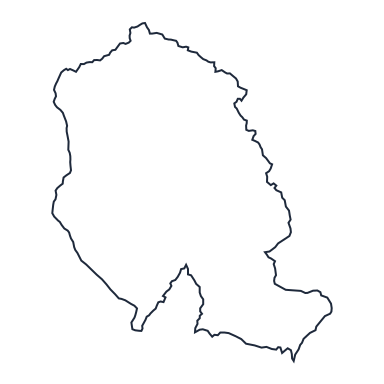 the district of Santa Margarida do Sul, Rio Grande do Sul, Brazil
{"feature_id": "56859067B58398228642576", "entity_name": "Santa Margarida do Sul", "entity_type": "district", "adm_level": 2, "iso_a3": "BRA", "parent_name": "Brazil", "parent_adm1": "Rio Grande do Sul", "projection": "mercator", "projection_center": [-54.09, -30.371], "detail": "fine", "context": "isolated", "style": "outline", "palette": "slate", "viewbox_px": 384, "rotation_deg": 0, "n_neighbors": 0, "source": "geoboundaries", "source_scale": "gbopen_adm2", "svg_char_len": 3802}
<svg xmlns="http://www.w3.org/2000/svg" viewBox="0 0 384 384"><path d="M327.3,297.6L321.2,295.4L320.4,292.2L317.4,290.5L313.0,290.7L307.5,292.9L305.3,293.0L300.9,290.9L285.7,289.8L274.8,283.8L274.1,280.9L274.5,277.8L276.0,275.2L275.1,268.4L273.7,264.1L275.0,261.2L271.1,258.5L268.5,257.3L266.8,254.6L265.0,252.2L269.5,251.5L275.2,247.2L278.1,243.4L289.4,236.0L290.9,232.2L290.5,228.5L288.5,222.8L290.6,219.6L289.8,215.7L289.0,210.6L285.9,206.6L284.7,200.2L282.2,197.7L281.2,192.4L276.3,190.2L274.5,188.0L276.3,185.6L273.6,183.4L270.8,185.1L267.0,181.9L267.2,176.7L266.1,173.2L269.1,171.2L270.7,168.5L272.1,164.3L269.9,163.3L266.1,158.1L262.9,155.3L262.0,149.3L260.6,147.2L259.5,144.4L258.1,142.5L254.9,140.9L252.3,139.8L253.6,136.1L255.6,133.9L255.3,131.0L252.8,130.3L248.8,130.9L246.3,129.8L246.1,125.6L246.7,123.2L246.8,120.6L244.0,119.6L242.3,117.2L240.6,115.6L238.8,112.8L236.7,108.5L235.0,106.9L234.3,103.4L236.5,101.8L237.8,98.8L239.9,98.8L241.5,100.7L243.4,97.6L246.2,94.3L246.7,90.2L240.5,87.7L238.0,86.3L237.7,81.5L236.0,78.5L233.1,76.1L229.9,73.4L227.1,73.5L225.2,72.5L221.7,70.1L218.1,71.3L215.4,71.8L215.7,68.2L214.1,66.1L214.3,62.3L210.6,62.4L208.3,61.7L206.5,60.4L203.2,59.1L200.8,57.1L198.6,55.1L196.9,52.7L191.3,51.6L187.8,50.3L188.3,47.4L186.1,46.7L182.7,47.3L178.4,46.0L177.4,42.6L176.1,40.8L173.8,40.3L170.9,39.6L168.6,39.5L164.8,38.6L162.3,34.5L159.2,33.6L156.7,32.9L152.1,33.6L149.9,33.6L148.9,30.0L147.0,27.3L145.0,23.0L142.4,23.4L139.7,25.0L137.5,26.5L134.1,27.6L131.9,27.3L129.8,29.4L130.4,33.0L129.6,35.6L129.7,38.2L130.6,40.8L128.8,42.6L125.6,43.9L123.3,43.0L120.0,43.5L116.9,47.7L115.4,49.8L112.2,50.3L110.2,52.6L109.1,54.8L106.6,55.5L104.1,56.2L102.2,58.7L100.1,60.4L97.1,60.0L94.1,60.1L92.3,62.2L89.6,62.1L86.5,62.6L83.9,64.1L80.8,64.0L79.2,67.2L76.0,71.8L73.2,70.4L70.0,69.0L67.9,70.1L66.2,68.8L63.9,70.2L61.2,72.5L58.5,78.5L57.3,81.3L56.2,83.3L54.8,86.5L54.0,89.9L55.6,93.3L56.0,96.3L54.7,98.9L53.7,101.8L55.2,105.0L57.0,107.3L60.4,109.9L62.9,112.9L63.8,115.5L66.1,121.4L67.1,125.8L66.6,128.1L66.7,131.7L67.5,135.7L68.6,141.6L68.3,149.8L69.7,152.8L70.3,156.1L70.4,159.5L70.2,162.1L70.5,165.9L71.0,170.3L69.9,173.0L66.4,175.3L63.6,177.5L62.9,181.3L62.7,183.7L60.3,185.5L57.3,188.1L55.6,190.6L56.4,194.9L55.5,199.3L53.8,201.6L53.2,204.9L52.6,210.2L52.3,213.2L54.2,216.6L58.1,220.6L59.8,221.9L61.6,224.9L64.3,228.5L67.7,230.6L69.1,232.5L70.0,235.7L71.0,238.5L73.2,242.0L74.2,247.2L75.3,250.0L77.4,252.9L81.3,260.6L86.1,264.4L93.0,271.1L96.7,274.7L102.0,279.3L106.4,284.3L110.4,289.4L115.1,294.2L118.8,298.4L121.5,298.9L125.3,300.3L131.0,303.9L134.4,305.7L137.0,308.4L136.2,312.0L135.4,315.0L134.5,317.6L131.4,322.5L131.8,325.4L132.4,329.2L135.2,330.3L139.2,330.8L141.4,330.9L142.5,328.6L142.2,325.8L143.8,322.9L145.5,319.8L146.7,316.7L149.1,315.3L150.5,313.4L153.3,310.6L155.7,308.6L156.7,305.9L158.3,302.3L160.6,301.5L163.5,302.1L165.5,297.4L163.0,296.0L166.4,291.6L169.3,289.4L171.4,285.9L170.3,283.4L171.9,281.2L175.3,280.0L177.7,276.9L180.0,272.8L181.1,269.1L184.3,268.4L186.1,264.8L188.0,269.0L188.0,274.4L191.1,275.3L194.4,280.4L196.2,283.9L199.7,287.0L199.7,292.5L200.9,296.1L203.2,299.3L203.2,304.2L200.2,308.3L200.2,311.4L202.0,313.8L199.8,315.7L199.7,318.3L197.3,320.7L197.5,323.9L195.3,328.1L195.0,332.3L197.2,331.1L199.7,329.7L202.8,329.3L207.7,330.8L209.6,333.6L212.2,336.7L214.4,334.8L217.8,335.2L220.3,332.5L224.2,332.5L228.7,333.1L235.4,336.1L241.3,339.1L246.0,343.7L254.6,345.4L261.5,347.6L266.5,346.9L271.8,349.0L276.2,349.6L278.2,347.2L280.4,347.5L282.1,353.0L285.6,350.0L287.7,348.3L290.9,350.2L291.8,353.9L292.1,358.5L293.7,361.0L295.2,354.6L298.6,349.4L300.2,344.9L302.0,342.8L303.6,338.8L310.0,332.9L315.5,330.2L316.3,326.6L324.9,316.1L330.1,313.7L331.4,311.6L331.7,308.1L331.0,303.6L327.3,297.6Z" fill="none" stroke="#1e293b" stroke-width="2"/></svg>